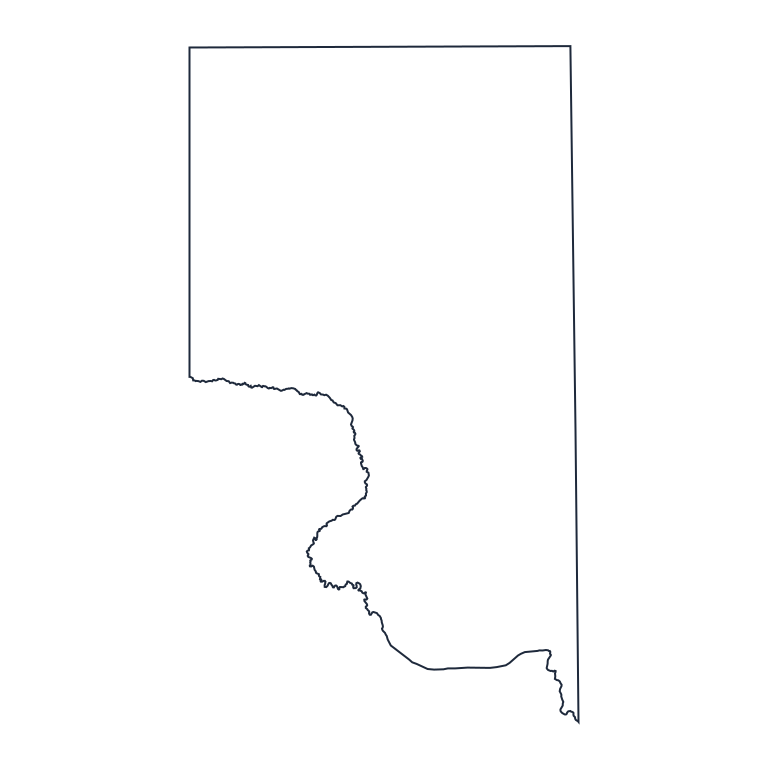 outline of Puelén, La Pampa, Argentina
{"feature_id": "61730980B41536985277959", "entity_name": "Puelén", "entity_type": "district", "adm_level": 2, "iso_a3": "ARG", "parent_name": "Argentina", "parent_adm1": "La Pampa", "projection": "mercator", "projection_center": [-67.772, -37.589], "detail": "fine", "context": "isolated", "style": "outline", "palette": "slate", "viewbox_px": 768, "rotation_deg": 0, "n_neighbors": 0, "source": "geoboundaries", "source_scale": "gbopen_adm2", "svg_char_len": 6125}
<svg xmlns="http://www.w3.org/2000/svg" viewBox="0 0 768 768"><path d="M578.5,721.9L575.5,429.8L570.4,46.1L189.5,47.5L189.5,376.9L190.4,376.9L192.8,378.2L193.2,380.4L194.6,380.4L195.6,381.1L196.4,380.9L198.4,381.1L200.4,381.9L202.0,380.7L203.7,380.8L205.8,382.1L208.6,381.1L210.6,381.0L212.2,381.3L213.2,380.0L214.1,379.9L215.0,380.4L215.8,380.5L217.7,379.9L218.2,378.8L221.4,379.2L222.5,378.5L223.8,378.9L226.6,381.0L228.7,381.2L230.1,383.1L231.6,382.6L233.4,382.8L234.0,383.3L235.4,383.6L236.0,384.5L236.6,384.7L237.2,384.6L237.9,384.0L238.7,383.9L239.7,384.2L240.3,385.0L240.7,385.0L241.4,384.5L242.1,384.7L242.5,384.5L242.7,383.8L243.7,383.9L244.7,382.8L245.3,383.1L245.3,383.7L246.3,384.6L248.1,385.0L248.3,386.0L248.7,386.5L249.6,386.7L250.7,385.9L251.2,387.5L251.5,387.6L252.0,387.7L255.0,385.8L257.6,386.2L258.9,385.1L261.8,387.1L262.2,387.1L262.5,386.3L263.1,385.9L264.5,386.3L265.0,386.2L266.2,386.7L267.8,388.1L268.9,388.5L269.6,387.9L271.1,388.1L272.9,387.2L273.4,387.4L273.7,388.7L274.2,389.0L276.9,388.5L280.8,390.8L281.7,390.7L283.7,389.7L284.5,389.9L286.1,388.9L288.4,388.7L288.9,388.4L289.5,388.7L291.3,388.1L293.2,388.3L295.3,389.0L295.5,389.5L297.0,390.6L297.2,391.1L298.7,392.0L299.8,394.1L300.1,394.2L301.2,393.8L302.3,394.8L302.9,394.5L303.6,394.8L304.3,394.2L306.7,393.1L307.4,393.6L309.5,393.8L310.1,394.8L311.9,394.4L312.3,395.0L313.0,395.2L314.5,394.6L315.3,395.4L316.2,395.5L316.8,394.8L317.3,393.2L318.1,392.3L319.8,393.1L320.9,394.4L323.1,394.6L324.3,395.2L326.1,394.7L327.8,395.7L329.7,397.7L331.3,400.1L332.5,400.4L333.7,402.4L335.7,403.1L337.5,405.3L340.4,405.2L342.2,406.4L343.3,406.0L344.3,406.7L344.4,408.5L346.3,408.7L347.0,409.3L348.1,412.5L351.0,415.0L352.2,416.9L352.7,418.4L352.5,420.4L351.0,424.4L351.6,425.9L352.6,426.6L353.0,427.1L352.4,428.3L352.6,428.8L353.6,429.5L354.2,430.4L354.3,431.0L353.7,431.8L353.9,432.5L354.9,432.8L355.4,433.8L355.2,434.6L354.3,435.7L354.5,438.1L354.0,439.3L354.0,439.8L355.2,442.4L355.3,443.8L356.6,445.3L358.6,445.9L358.7,446.4L356.7,448.7L356.5,449.9L357.3,450.8L359.1,450.3L359.5,450.5L359.8,451.3L358.6,453.1L358.6,453.6L359.2,454.2L360.2,454.6L361.2,455.8L361.9,456.1L362.2,456.8L360.4,457.8L360.4,458.1L360.8,458.9L362.0,458.9L362.8,460.8L362.6,461.6L362.1,462.0L361.8,461.8L361.0,462.4L361.0,463.4L361.8,466.1L362.7,467.3L363.3,469.1L363.7,469.1L364.8,468.0L365.9,468.0L366.7,468.4L367.4,469.1L367.4,469.6L366.7,471.0L366.7,471.8L368.4,472.6L368.9,475.4L368.5,476.5L366.5,480.0L364.8,481.3L364.8,482.2L365.4,483.4L366.9,484.4L367.1,485.2L366.8,486.0L365.9,486.9L365.9,487.6L366.4,488.8L366.2,490.1L366.7,491.1L366.7,492.2L365.9,493.5L366.0,495.6L364.8,496.5L364.6,497.3L365.1,497.9L364.9,498.3L363.7,498.5L362.9,498.2L362.0,498.6L359.7,500.6L357.1,503.7L355.9,504.2L354.8,505.7L353.7,505.7L352.8,506.2L352.5,506.6L353.0,507.6L352.9,508.7L352.3,509.5L351.2,509.4L349.7,510.6L348.7,513.0L342.7,514.5L340.6,516.0L337.5,515.9L336.3,516.7L335.2,519.5L334.3,520.0L332.8,519.8L331.6,520.7L329.3,521.4L326.7,523.3L326.5,524.1L327.0,525.2L326.5,526.2L324.4,526.1L323.9,526.3L322.3,527.1L321.5,528.5L321.1,528.8L319.4,529.0L319.1,529.4L319.8,530.5L319.8,530.8L319.5,531.1L318.8,531.1L317.7,531.8L317.3,533.0L317.3,536.0L317.1,537.3L316.1,538.1L316.0,538.4L316.1,538.7L316.7,538.9L316.7,539.3L316.1,540.0L315.6,540.0L314.5,537.9L314.2,537.7L313.0,540.3L313.4,542.2L313.9,543.2L313.8,543.5L313.5,544.0L311.1,545.5L310.0,547.4L308.8,548.3L309.1,549.5L308.9,550.4L307.6,550.6L306.8,551.5L307.2,552.7L308.4,554.0L308.3,554.9L307.9,555.2L307.7,555.9L308.3,556.9L311.1,558.1L311.8,558.7L311.7,559.5L310.4,560.3L310.2,560.8L310.6,561.7L310.2,562.5L310.6,564.1L310.5,564.8L309.8,565.4L309.9,566.3L311.1,566.5L312.7,565.7L313.9,566.6L314.6,569.8L315.8,571.4L315.9,572.4L316.3,573.1L318.9,574.2L318.9,575.7L319.3,576.4L320.3,576.9L320.0,579.0L320.7,579.0L321.3,579.6L321.3,580.3L320.5,580.9L320.8,581.6L322.0,581.7L323.6,580.9L324.9,580.9L325.5,581.8L325.2,582.5L325.2,583.6L324.6,585.1L324.7,586.9L326.2,587.1L327.4,586.0L328.9,583.2L329.9,582.9L330.9,583.4L331.3,584.5L332.5,585.9L332.6,586.7L333.1,587.4L333.9,587.4L334.5,586.3L335.3,585.5L336.2,585.5L337.1,586.4L338.0,589.0L338.7,589.5L339.3,589.3L339.4,588.9L339.2,587.9L339.9,587.0L343.5,587.2L344.4,586.4L345.2,586.2L345.7,584.5L346.9,583.8L347.1,582.3L347.4,581.5L348.6,581.6L350.0,582.8L351.9,583.6L352.2,584.7L353.4,585.1L353.6,585.8L353.1,586.9L353.6,588.2L355.8,588.1L356.7,587.3L356.6,585.5L356.2,584.6L356.4,583.1L357.6,582.6L359.5,583.6L360.2,584.3L360.8,586.1L360.3,588.5L358.6,589.6L358.4,590.2L358.6,590.5L359.6,590.4L361.6,591.2L362.3,592.6L363.4,593.3L364.5,593.2L365.3,592.3L365.9,592.5L365.4,594.4L367.3,598.6L366.7,599.4L366.2,599.6L364.8,599.4L364.3,599.6L364.4,601.0L366.9,604.1L367.2,605.2L366.7,606.0L365.8,606.6L365.8,608.0L367.2,609.1L367.7,610.0L369.1,611.3L369.3,612.2L369.0,612.9L369.1,613.6L369.7,614.7L370.8,614.8L372.4,612.3L373.5,612.0L376.9,613.1L378.2,615.0L379.7,616.0L380.9,618.0L381.1,619.4L381.6,620.4L381.8,622.4L382.7,625.2L382.9,626.6L382.6,627.8L382.0,628.5L382.2,629.5L382.9,630.8L385.0,632.9L385.8,634.7L386.7,635.9L387.7,639.5L390.8,645.5L409.2,659.6L412.2,662.3L416.6,663.9L427.6,669.0L434.1,669.6L443.5,669.3L447.9,668.4L455.1,668.4L467.5,667.6L489.9,667.9L496.7,667.1L505.8,665.3L509.6,662.9L518.0,655.5L520.9,653.8L524.8,652.1L537.7,650.9L539.3,650.4L542.6,650.5L545.9,650.0L548.1,650.3L549.1,651.1L549.8,651.0L550.3,651.9L550.0,653.8L550.8,654.7L550.8,655.4L548.0,659.6L547.7,661.0L547.6,663.8L546.7,667.9L546.8,668.5L548.1,670.0L549.1,670.4L550.6,671.0L551.9,670.8L553.2,671.5L554.5,670.7L555.6,671.0L555.6,671.9L555.0,673.3L555.3,676.3L554.9,678.9L556.9,680.1L558.3,680.3L559.0,680.8L559.8,681.5L560.6,683.3L561.6,684.7L561.5,686.1L560.1,688.9L559.7,691.3L561.1,694.0L561.4,695.0L561.2,696.3L562.2,699.5L563.3,701.9L562.8,703.4L562.7,705.6L560.5,709.3L560.4,710.1L560.7,711.4L562.2,713.0L564.6,714.4L565.4,714.5L566.1,714.4L566.8,713.7L567.1,712.6L568.3,711.3L570.4,711.0L571.2,711.7L572.2,711.9L573.2,712.5L573.5,713.0L573.4,714.2L573.6,715.7L575.0,717.2L575.2,718.8L575.8,719.9L578.0,721.3L578.5,721.9Z" fill="none" stroke="#1e293b" stroke-width="2"/></svg>